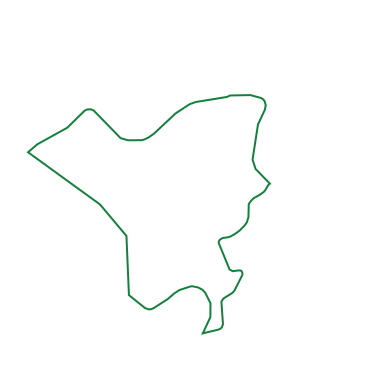 the border of Greenwich, rotated 235°
{"feature_id": "GBR-2068", "entity_name": "Greenwich", "entity_type": "London Borough (royal)", "adm_level": 1, "iso_a3": "GBR", "parent_name": "United Kingdom", "parent_adm1": "", "projection": "orthographic", "projection_center": [0.032, 51.463], "detail": "fine", "context": "isolated", "style": "outline", "palette": "green", "viewbox_px": 384, "rotation_deg": 235, "n_neighbors": 0, "source": "natural_earth", "source_scale": "10m", "svg_char_len": 1220}
<svg xmlns="http://www.w3.org/2000/svg" viewBox="0 0 384 384"><g transform="rotate(235 192 192)"><path d="M101.9,145.1L106.1,144.4L110.4,142.2L114.4,138.4L115.4,136.9L118.9,125.5L119.1,119.2L118.2,110.6L118.9,93.7L119.4,91.4L120.8,89.1L124.0,86.9L143.7,81.2L193.6,113.1L234.6,109.5L277.7,94.6L318.6,80.5L319.8,92.6L316.2,126.9L320.2,150.6L319.9,152.9L319.2,154.5L317.6,156.6L315.2,158.2L277.1,164.4L271.1,169.2L263.3,180.5L262.3,183.4L261.6,187.6L261.6,194.3L265.8,223.6L265.3,240.2L263.6,246.6L249.8,275.2L249.2,278.6L237.9,295.4L229.4,302.5L226.9,303.5L224.5,303.5L220.8,302.2L217.6,298.9L209.4,284.7L183.8,260.2L174.4,257.3L154.1,260.6L154.1,260.0L154.0,258.8L153.5,257.4L151.4,252.9L150.9,250.8L150.8,246.5L151.5,239.2L151.1,236.3L150.1,232.8L149.2,231.3L139.0,223.8L135.7,219.6L134.3,215.7L133.1,208.9L133.0,202.3L133.5,197.9L134.1,195.9L136.5,191.1L136.8,190.0L136.9,187.2L136.3,185.9L135.7,185.2L134.8,184.6L106.9,178.3L103.7,180.0L101.0,185.3L99.8,186.7L99.1,187.2L96.9,186.9L95.3,185.9L86.9,170.3L86.2,167.5L86.2,166.2L86.7,157.6L86.4,155.7L85.3,153.2L65.9,141.5L64.2,139.2L63.8,137.9L63.8,136.4L64.1,134.8L70.0,119.8L79.0,135.3L90.2,143.3L101.9,145.1Z" fill="none" stroke="#15803d" stroke-width="2"/></g></svg>